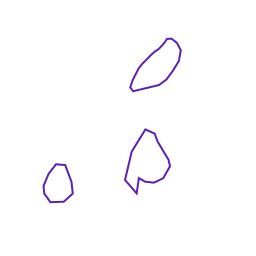 map outline of Kumlinge (Albers equal-area conic projection), rotated 24°
{"feature_id": "ALD-4822", "entity_name": "Kumlinge", "entity_type": "state/province", "adm_level": 1, "iso_a3": "ALA", "parent_name": "Aland", "parent_adm1": "", "projection": "albers", "projection_center": [20.759, 60.281], "detail": "fine", "context": "isolated", "style": "outline", "palette": "violet", "viewbox_px": 256, "rotation_deg": 24, "n_neighbors": 0, "source": "natural_earth", "source_scale": "10m", "svg_char_len": 643}
<svg xmlns="http://www.w3.org/2000/svg" viewBox="0 0 256 256"><g transform="rotate(24 128 128)"><path d="M162.5,184.2L146.4,176.7L141.0,148.1L144.5,122.2L154.7,122.3L160.5,128.3L177.9,140.5L181.9,145.8L180.6,159.6L173.9,167.4L165.4,170.1L158.3,169.3L162.5,184.2ZM138.9,76.1L117.7,92.3L113.5,90.0L112.8,82.4L113.0,78.5L113.5,68.9L115.1,63.2L119.7,51.0L121.6,47.0L123.8,43.6L126.2,36.9L127.4,30.7L131.5,28.7L138.2,30.4L144.6,35.5L147.2,46.0L145.7,57.5L143.4,68.0L138.9,76.1ZM85.7,187.4L98.3,200.2L104.2,210.4L99.3,221.5L87.3,227.3L78.2,222.0L74.4,215.3L74.1,202.3L77.0,190.4L85.7,187.4Z" fill="none" stroke="#5b21b6" stroke-width="2"/></g></svg>